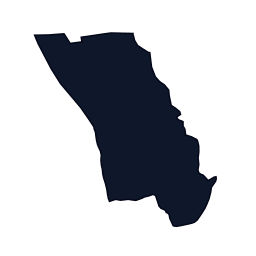 As-Safira, Aleppo, Syria (orthographic projection), rotated 173°
{"feature_id": "27442178B22464389911891", "entity_name": "As-Safira", "entity_type": "district", "adm_level": 2, "iso_a3": "SYR", "parent_name": "Syria", "parent_adm1": "Aleppo", "projection": "orthographic", "projection_center": [37.544, 35.815], "detail": "fine", "context": "isolated", "style": "filled", "palette": "ink", "viewbox_px": 256, "rotation_deg": 173, "n_neighbors": 0, "source": "geoboundaries", "source_scale": "gbopen_adm2", "svg_char_len": 2162}
<svg xmlns="http://www.w3.org/2000/svg" viewBox="0 0 256 256"><g transform="rotate(173 128 128)"><path d="M97.2,200.2L97.6,200.3L98.0,200.4L98.6,200.6L99.1,200.8L99.6,201.3L100.1,201.7L100.6,202.2L101.1,202.6L101.6,203.0L102.1,203.4L102.5,203.7L102.9,204.0L103.4,204.4L103.9,204.9L104.4,205.3L105.4,206.1L105.9,206.6L106.4,207.0L107.0,207.5L107.5,207.9L108.0,208.3L108.4,208.7L108.7,209.4L109.0,210.1L109.3,210.7L109.6,211.4L109.9,212.1L110.2,212.8L110.5,213.5L110.8,214.1L111.0,214.3L110.9,214.9L111.0,216.0L111.1,216.7L111.3,218.0L111.3,218.6L111.5,219.2L111.6,219.9L111.7,220.6L111.5,221.2L116.8,222.0L121.3,222.6L128.5,223.7L133.7,224.4L140.7,224.3L157.2,223.9L163.4,223.8L163.2,219.1L175.1,219.0L180.0,229.3L184.1,229.5L195.1,230.0L209.4,231.5L206.9,222.6L197.0,196.2L189.6,180.4L172.5,154.2L165.8,141.5L161.7,133.2L161.7,131.4L161.1,128.9L160.8,127.7L160.8,123.8L160.7,119.2L160.5,117.7L160.3,115.6L159.4,112.1L159.1,111.4L158.9,110.7L158.2,108.7L158.0,106.5L157.9,105.5L157.7,104.5L158.1,102.9L158.8,99.2L158.9,94.2L158.5,90.3L158.6,85.4L158.2,81.1L158.0,80.3L157.3,76.5L157.1,75.4L157.0,74.3L156.9,73.6L156.5,70.2L156.5,69.6L156.5,69.4L156.4,67.2L156.4,64.9L156.2,62.7L156.1,61.0L156.1,60.4L155.9,59.8L155.6,58.6L155.3,57.4L150.0,58.5L148.9,58.7L144.8,57.4L143.9,57.2L136.6,57.2L131.9,55.9L129.0,55.2L122.6,56.6L120.4,57.5L114.9,58.2L111.4,59.1L108.9,57.8L108.0,53.4L106.7,46.7L105.0,44.3L101.2,42.0L100.2,39.4L98.6,38.5L97.7,36.8L97.5,33.2L95.2,25.9L94.9,25.3L91.9,24.5L87.3,24.7L84.2,25.0L80.4,25.3L76.2,25.8L73.5,26.4L70.4,28.4L68.1,31.0L65.8,33.6L61.4,39.0L59.0,42.9L56.2,48.0L53.7,54.4L52.5,58.9L50.6,61.1L50.1,61.6L47.6,64.4L46.6,66.8L46.6,68.9L48.7,68.7L51.5,67.4L54.9,66.1L57.6,70.0L59.3,72.2L61.1,73.0L63.3,75.0L63.7,77.9L62.2,83.2L62.1,87.8L62.1,89.6L60.6,95.8L60.0,101.7L60.5,106.2L61.1,108.1L66.1,111.5L72.1,114.3L71.8,114.9L71.6,115.5L71.7,119.7L72.4,121.8L73.2,122.4L72.6,127.6L74.6,128.8L75.9,129.3L77.9,131.1L78.1,133.2L75.7,134.3L74.2,135.1L74.7,137.9L78.6,142.0L80.9,143.9L82.4,145.3L82.7,149.3L83.2,155.2L83.0,160.7L86.5,166.2L91.0,170.2L94.7,175.6L97.2,185.7L97.2,200.2Z" fill="#0f172a" stroke="#020617" stroke-width="1.5"/></g></svg>